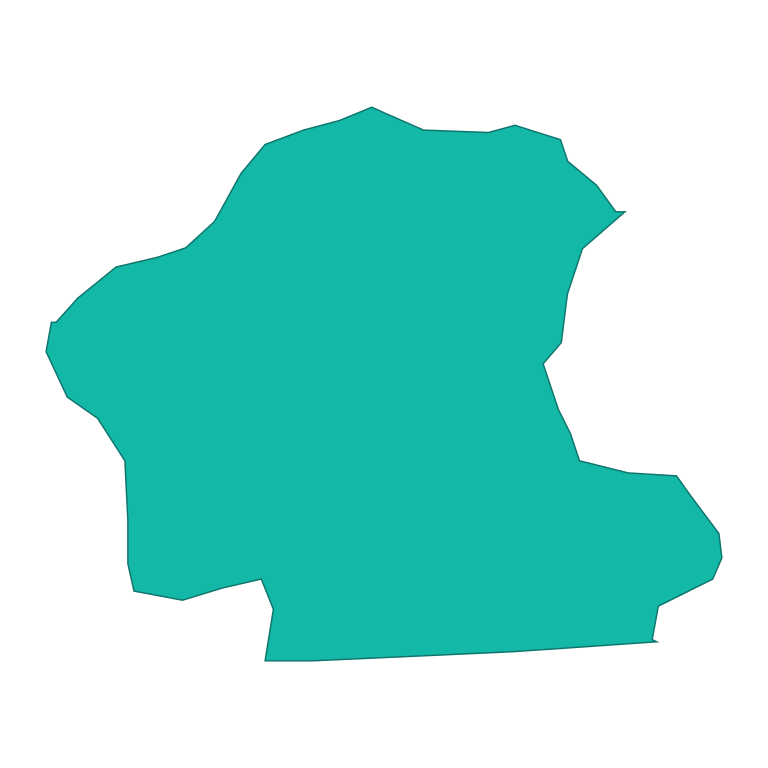 Herrljunga, Västra Götaland, Sweden, rotated 180°
{"feature_id": "70781695B89566338626874", "entity_name": "Herrljunga", "entity_type": "district", "adm_level": 2, "iso_a3": "SWE", "parent_name": "Sweden", "parent_adm1": "Västra Götaland", "projection": "mercator", "projection_center": [13.142, 58.022], "detail": "fine", "context": "isolated", "style": "filled", "palette": "teal", "viewbox_px": 768, "rotation_deg": 180, "n_neighbors": 0, "source": "geoboundaries", "source_scale": "gbopen_adm2", "svg_char_len": 802}
<svg xmlns="http://www.w3.org/2000/svg" viewBox="0 0 768 768"><g transform="rotate(180 384 384)"><path d="M716.6,445.7L721.9,416.3L700.7,370.9L670.4,349.7L643.1,307.2L640.1,246.6L640.1,204.2L634.0,176.9L585.5,167.8L546.1,179.9L506.7,189.0L494.6,158.7L502.9,107.2L455.2,107.2L255.2,116.3L149.1,123.6L111.4,126.2L115.8,128.4L109.7,161.8L55.2,189.0L46.1,210.2L49.1,234.5L76.4,270.9L91.5,292.1L140.0,295.1L188.5,307.2L197.6,334.5L209.7,358.7L224.9,404.2L206.7,425.4L200.6,473.9L185.5,519.4L143.1,556.2L152.2,556.2L171.4,582.7L200.3,606.7L207.5,628.3L253.1,642.7L279.5,635.5L344.4,637.9L382.8,654.7L396.2,660.8L428.5,647.5L464.5,637.9L502.9,623.5L526.9,594.7L553.4,546.6L582.2,520.2L611.0,510.6L651.9,501.0L690.3,469.8L711.9,445.7L716.6,445.7Z" fill="#14b8a6" stroke="#0f766e" stroke-width="1.5"/></g></svg>